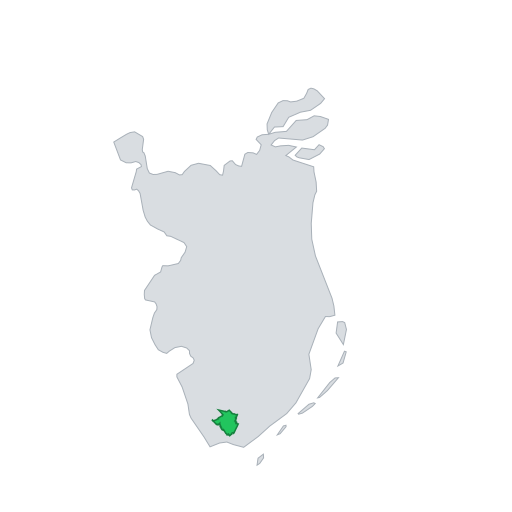 Midden-Groningen, Groningen, Netherlands shown in context, rotated 146°
{"feature_id": "6326949B36639676585237", "entity_name": "Midden-Groningen", "entity_type": "district", "adm_level": 2, "iso_a3": "NLD", "parent_name": "Netherlands", "parent_adm1": "Groningen", "projection": "orthographic", "projection_center": [6.809, 53.185], "detail": "fine", "context": "in_parent", "style": "filled", "palette": "green", "viewbox_px": 512, "rotation_deg": 146, "n_neighbors": 0, "source": "geoboundaries", "source_scale": "gbopen_adm2", "svg_char_len": 5951}
<svg xmlns="http://www.w3.org/2000/svg" viewBox="0 0 512 512"><g transform="rotate(146 256 256)"><path d="M310.2,430.0L302.4,429.7L295.1,429.3L291.3,428.7L287.2,426.8L285.4,423.0L283.2,418.4L283.9,415.6L290.8,407.8L291.8,405.6L291.2,404.4L291.9,400.9L297.3,389.2L298.0,384.4L295.7,381.1L292.4,379.0L281.5,375.4L276.4,370.3L274.1,366.0L271.7,364.7L268.1,366.1L259.1,367.5L251.8,365.0L243.3,356.6L241.5,349.3L240.6,343.7L238.5,341.7L235.5,344.5L231.7,348.9L224.4,349.3L222.4,348.2L222.1,345.6L221.8,343.2L219.9,340.2L217.8,338.4L208.3,346.6L204.9,346.4L200.7,343.1L198.7,339.9L193.9,341.5L189.5,345.3L190.7,352.6L188.4,353.9L183.2,353.1L177.4,349.8L170.9,347.8L161.1,342.3L146.9,345.9L137.5,340.5L129.4,339.7L124.6,335.6L119.5,328.7L123.5,324.5L127.3,323.2L142.0,323.0L152.6,326.1L171.3,341.2L176.1,341.3L181.4,339.6L178.9,335.6L174.1,333.6L167.1,329.5L161.6,323.8L175.1,322.6L173.3,319.7L171.7,314.9L158.3,297.7L160.9,293.3L164.8,283.7L169.5,275.8L173.0,273.8L179.0,268.3L192.0,252.1L200.4,238.7L206.7,222.8L216.6,178.5L219.4,171.0L223.7,162.8L228.8,164.5L232.3,167.0L245.1,161.0L267.1,145.0L273.8,130.9L280.1,124.4L305.1,111.9L318.7,108.2L339.8,107.3L355.0,105.1L373.2,104.3L380.2,112.3L384.2,118.1L390.7,121.3L400.8,123.5L400.3,135.0L400.5,157.8L399.8,161.8L395.2,171.4L390.5,188.7L389.2,200.0L387.7,202.2L368.3,202.1L365.5,204.1L365.1,206.6L366.1,209.5L365.6,212.4L364.1,214.7L364.9,218.5L368.3,222.8L374.4,225.4L381.1,225.6L384.5,225.2L387.0,228.2L389.4,232.9L389.3,238.8L388.3,246.7L385.2,254.1L376.1,262.5L372.1,265.5L368.2,267.0L366.4,269.3L365.6,272.1L365.7,274.6L372.2,281.4L372.1,283.0L370.2,286.5L367.7,289.8L350.9,296.7L344.0,296.1L340.0,299.5L338.7,300.1L334.4,297.0L324.6,293.2L320.9,294.5L318.9,296.4L312.7,298.8L308.2,302.5L308.2,307.4L315.8,320.1L318.6,322.6L318.7,327.3L322.4,333.3L326.2,340.7L326.6,345.5L326.1,350.2L324.0,357.0L317.1,372.7L316.9,375.8L317.5,378.1L319.8,378.7L321.6,380.0L321.1,382.1L308.1,392.9L306.4,394.8L301.0,394.2L300.2,396.0L300.9,399.0L302.9,401.6L307.5,403.1L311.5,405.9L314.6,411.4L310.2,430.0ZM177.4,349.8L176.1,354.3L173.0,359.3L162.7,366.2L152.0,370.5L146.7,369.7L143.1,367.1L141.2,364.4L135.7,361.6L128.1,360.0L123.1,362.5L119.6,364.9L116.6,364.4L114.5,362.1L112.9,358.7L111.2,348.1L117.0,346.4L129.3,346.3L138.8,350.4L151.3,352.7L161.2,348.1L168.6,352.6L177.4,349.8ZM158.1,306.3L165.2,313.2L166.7,315.3L167.2,317.6L157.7,319.9L148.1,311.4L141.5,313.0L139.2,309.1L139.3,306.7L146.2,304.9L158.1,306.3ZM232.7,147.3L225.2,155.7L220.9,153.2L219.7,151.2L222.1,144.5L233.1,133.7L232.7,147.3ZM265.5,109.9L258.7,110.7L255.7,109.0L272.1,104.5L282.4,103.2L284.2,103.9L265.5,109.9ZM309.2,101.8L295.0,103.5L290.2,102.0L289.4,100.6L293.3,99.8L305.4,99.8L309.1,101.0L309.2,101.8ZM249.6,119.0L235.9,127.6L234.8,126.1L243.7,118.6L249.6,119.0ZM367.4,87.2L360.7,87.6L362.6,84.4L368.8,82.0L372.1,82.0L367.4,87.2ZM338.4,95.8L328.3,99.8L325.8,98.9L326.5,97.7L335.4,95.2L338.4,95.8Z" fill="#d9dde1" stroke="#a8b0b8" stroke-width="1"/><path d="M364.4,143.1L365.5,143.2L366.3,143.2L367.5,143.3L367.9,143.7L368.0,143.8L368.2,144.0L368.3,144.0L368.3,144.3L368.5,144.3L373.1,149.2L372.8,147.6L372.7,147.0L372.7,146.6L372.2,143.3L372.5,143.2L372.3,142.7L373.6,142.2L373.7,142.5L375.3,142.6L376.8,142.7L376.9,142.8L377.4,142.8L377.4,142.7L377.5,142.6L377.8,142.6L378.1,142.6L378.2,142.4L378.3,142.3L378.3,142.2L378.6,142.3L378.6,142.2L379.1,142.3L379.1,142.2L379.6,142.3L381.9,142.7L382.3,142.9L382.5,142.9L382.7,143.1L382.8,143.1L383.0,143.1L383.6,143.2L383.7,143.3L383.8,144.4L384.1,144.3L384.1,144.2L383.7,142.7L383.8,142.7L383.6,142.1L383.5,141.7L383.4,141.2L383.3,140.4L383.0,138.5L382.5,138.5L382.4,137.7L381.5,137.7L381.4,137.3L379.6,137.6L379.9,137.2L380.1,137.0L380.2,136.9L379.9,136.9L379.9,136.7L380.0,136.6L380.3,136.4L380.2,136.2L380.2,135.8L380.3,135.6L380.5,135.2L380.5,134.9L380.7,134.6L381.0,134.7L381.1,134.4L381.1,134.2L380.5,134.1L380.7,133.7L380.9,133.1L381.0,133.0L381.1,132.9L380.8,132.6L381.3,132.1L381.3,131.8L381.1,131.3L381.0,131.0L381.2,130.9L380.8,130.2L380.7,130.3L380.4,130.4L380.2,130.5L380.1,129.9L379.9,129.4L380.0,129.1L380.1,128.3L380.1,127.2L380.2,125.8L380.0,125.2L379.9,125.2L379.9,124.7L380.0,124.0L379.9,124.0L379.9,123.9L379.3,123.9L379.1,123.9L378.8,123.9L378.4,123.9L378.4,123.7L378.5,123.5L378.6,123.4L379.0,123.1L378.8,122.9L378.7,123.0L378.5,122.7L378.4,121.7L378.2,121.7L377.9,121.7L377.8,121.8L377.7,121.8L377.5,122.0L377.4,121.9L376.5,122.0L376.4,122.0L376.4,121.9L376.1,121.8L375.8,121.8L375.7,122.0L375.5,122.3L375.4,122.6L374.8,122.6L374.1,122.5L373.9,122.0L373.9,121.7L373.6,121.8L373.4,121.9L373.3,122.0L373.1,121.7L371.1,122.9L369.1,124.1L368.9,124.2L368.0,124.7L367.3,125.1L367.1,125.2L366.0,125.9L364.7,126.7L364.9,126.9L365.1,127.0L365.5,127.7L365.6,127.8L365.9,128.0L365.7,128.1L366.1,128.5L365.8,128.7L365.8,128.8L365.7,128.8L365.5,129.1L365.4,129.2L365.4,129.3L365.5,129.3L365.3,129.3L365.5,129.6L365.4,129.6L365.4,129.8L365.3,130.0L365.2,130.1L365.4,130.3L365.4,130.5L365.3,130.4L365.2,130.5L365.3,130.6L365.2,130.6L365.1,130.9L365.0,131.0L364.9,131.1L365.0,131.1L364.9,131.1L364.8,131.3L364.7,131.4L364.7,131.5L364.7,131.8L364.7,131.7L364.5,131.8L364.4,131.8L364.3,132.0L364.2,132.0L364.2,131.9L364.1,132.0L363.9,132.0L363.7,132.1L363.4,132.1L363.4,132.3L363.3,132.5L363.5,132.5L363.6,132.9L363.6,133.3L363.4,133.4L363.2,133.4L362.9,133.5L362.9,133.4L362.9,133.5L362.7,133.4L362.4,133.3L362.0,133.6L361.8,133.8L361.6,133.9L361.5,134.0L361.3,134.2L361.2,134.3L360.9,134.4L360.7,134.5L360.4,134.7L360.7,134.9L360.9,135.0L360.7,135.0L360.4,135.2L360.6,135.3L360.8,135.4L361.3,135.7L361.6,135.8L361.8,136.0L361.9,136.4L362.0,136.8L362.0,137.0L362.3,137.2L362.5,137.3L362.7,137.5L362.8,137.6L363.1,137.7L363.1,137.8L363.3,138.0L363.6,138.3L363.7,138.6L363.8,138.8L363.9,139.0L364.0,139.0L364.0,139.3L364.1,139.5L363.9,139.7L363.8,139.8L363.8,140.0L364.0,140.2L364.0,140.4L364.2,141.6L364.3,142.2L364.4,143.1Z" fill="#22c55e" stroke="#15803d" stroke-width="1.5"/></g></svg>